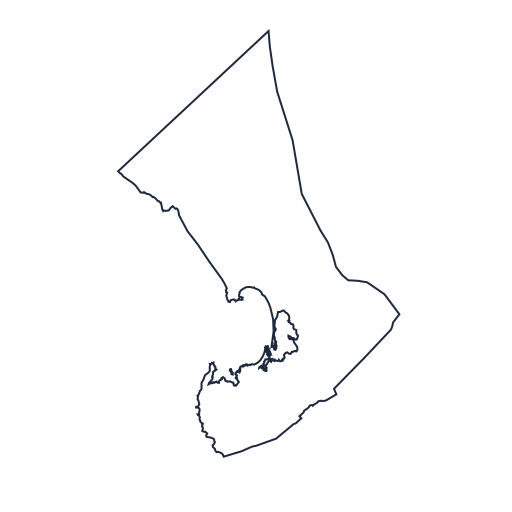 Kota Jayapura, Papua, Indonesia, rotated 227°
{"feature_id": "22746128B85346986276333", "entity_name": "Kota Jayapura", "entity_type": "district", "adm_level": 2, "iso_a3": "IDN", "parent_name": "Indonesia", "parent_adm1": "Papua", "projection": "robinson", "projection_center": [140.72, -2.651], "detail": "fine", "context": "isolated", "style": "outline", "palette": "slate", "viewbox_px": 512, "rotation_deg": 227, "n_neighbors": 0, "source": "geoboundaries", "source_scale": "gbopen_adm2", "svg_char_len": 6148}
<svg xmlns="http://www.w3.org/2000/svg" viewBox="0 0 512 512"><g transform="rotate(227 256 256)"><path d="M113.9,310.9L115.6,321.1L140.4,323.9L161.0,319.3L168.5,313.5L175.3,306.9L183.2,306.0L193.6,307.1L204.5,312.9L216.7,317.8L230.8,320.6L270.2,331.8L315.7,361.7L361.8,383.6L383.9,397.9L399.8,409.0L412.0,418.6L412.0,212.9L408.7,213.1L408.1,213.5L404.6,213.2L394.1,215.5L389.7,216.0L381.0,215.0L378.8,217.1L379.0,217.7L376.2,218.3L374.8,219.5L372.6,220.4L369.4,220.7L369.2,221.3L366.4,221.8L363.3,221.7L361.9,222.5L359.9,222.3L359.7,222.8L353.7,219.1L352.1,218.8L352.1,219.7L350.5,220.8L348.8,223.3L349.4,226.3L349.3,229.0L345.4,229.3L345.0,230.3L344.0,230.5L341.7,229.8L338.0,227.4L320.7,222.8L304.2,221.3L283.8,218.0L262.2,215.3L257.4,214.2L252.3,212.6L251.5,210.6L250.5,210.3L250.0,209.5L248.8,209.9L247.4,207.3L243.3,205.2L241.8,205.2L241.4,204.7L240.1,205.5L240.9,207.4L239.6,209.9L238.6,210.6L236.7,210.2L236.8,211.3L235.7,213.0L236.5,214.2L236.3,214.5L235.9,214.1L234.0,215.2L233.3,216.4L234.3,216.9L234.7,217.9L237.9,216.0L239.4,217.5L240.0,218.8L240.7,219.1L241.1,222.1L240.3,226.4L239.4,228.2L237.4,230.5L235.0,232.1L234.3,233.2L233.7,232.9L229.6,234.8L228.0,235.1L225.4,235.1L223.9,234.2L220.4,235.0L213.3,233.3L208.3,231.2L198.1,225.4L188.9,217.5L178.4,204.6L178.7,206.1L177.0,210.1L177.3,210.2L178.3,208.2L178.8,206.3L179.2,207.2L178.7,207.4L178.1,209.1L178.4,209.8L179.1,209.9L178.5,210.6L179.0,211.9L179.6,212.3L180.1,211.9L180.1,212.3L182.2,212.7L183.6,214.1L185.8,214.9L188.0,217.7L188.9,220.6L192.0,221.4L196.0,226.1L197.2,230.0L200.0,233.9L198.7,235.4L197.6,238.8L197.1,239.2L194.3,239.1L192.9,239.7L189.9,239.4L187.7,237.9L186.9,236.3L186.3,236.3L186.4,235.8L186.0,236.1L185.1,234.9L184.0,235.5L182.3,235.3L180.8,236.4L179.0,235.6L178.0,234.3L176.7,233.9L174.4,235.0L172.0,232.8L170.6,232.3L169.4,232.5L168.1,231.1L167.2,228.7L168.0,227.8L170.5,227.5L171.5,226.3L173.7,226.2L175.6,225.4L174.5,224.4L172.4,223.9L170.1,225.9L168.7,226.1L167.3,225.0L161.4,224.1L159.1,222.3L158.8,221.3L158.0,221.1L158.7,221.2L158.8,220.2L159.8,220.0L160.5,218.8L160.8,217.2L161.5,216.8L160.8,214.5L161.8,213.6L164.3,213.1L164.9,211.6L164.6,209.0L162.2,207.7L161.9,206.7L162.5,205.9L162.4,204.7L161.6,204.9L161.2,204.1L162.5,201.8L164.4,201.9L164.0,201.3L164.3,200.3L166.2,199.1L167.2,199.1L166.6,197.9L167.9,197.3L169.3,197.9L169.3,197.3L170.2,196.9L170.1,195.9L168.8,195.7L168.3,194.9L170.1,194.4L170.6,193.5L169.7,191.7L169.4,191.8L169.9,191.4L169.3,190.1L169.6,188.5L167.6,187.4L166.9,187.5L165.9,185.9L165.6,185.9L164.1,185.4L164.9,185.4L164.9,185.0L165.6,184.4L167.2,183.8L167.9,185.3L168.2,184.4L168.8,185.0L169.2,184.8L169.5,185.5L169.7,184.5L170.7,185.2L170.8,184.2L171.2,184.3L170.9,183.7L171.4,183.7L171.4,184.3L171.8,183.6L172.0,182.0L172.3,182.4L172.1,185.1L170.8,186.7L171.1,187.3L172.0,187.6L172.2,189.3L173.2,189.7L173.4,191.8L174.0,192.3L170.8,196.7L172.5,196.2L172.9,196.8L175.1,196.7L175.4,197.7L174.7,198.0L174.2,197.4L173.6,198.6L175.0,200.0L174.6,200.1L176.9,201.1L177.5,200.5L177.8,200.9L177.9,200.4L176.1,199.4L176.3,198.6L175.6,198.2L176.2,197.6L176.2,198.1L176.8,198.0L176.4,199.3L177.7,199.5L177.3,198.5L177.9,198.4L178.5,199.6L179.1,199.4L179.5,197.9L180.1,198.1L180.2,199.6L179.0,199.9L178.6,200.7L180.6,200.6L180.6,201.8L179.9,201.6L179.8,202.3L180.7,202.0L181.9,203.2L182.5,202.8L182.5,201.4L183.3,201.2L182.7,199.9L181.9,199.6L179.7,196.4L178.1,192.8L176.8,188.3L176.8,184.4L177.8,180.6L179.9,179.0L180.0,177.5L181.0,177.1L181.6,175.2L182.7,175.6L183.2,175.2L183.0,174.5L183.5,174.5L183.3,173.8L183.9,173.1L183.6,172.7L184.0,173.0L184.1,172.8L183.6,172.7L184.1,170.8L185.0,170.6L185.7,169.4L185.1,167.7L184.5,167.9L184.2,167.5L184.2,166.3L183.4,166.0L183.0,166.3L182.5,165.5L182.0,165.8L182.3,165.6L181.9,165.3L182.2,165.4L182.1,164.8L182.8,165.0L183.3,164.4L183.4,163.4L184.1,162.9L184.3,160.9L183.8,160.4L181.6,160.6L181.5,159.9L180.9,159.5L181.0,158.5L180.3,157.8L179.3,158.7L178.2,157.8L175.6,157.6L175.1,154.8L175.3,153.6L174.8,153.4L174.8,152.8L176.5,151.6L178.9,153.1L179.5,152.4L181.8,151.7L183.2,149.7L183.8,149.8L184.5,148.9L185.2,149.0L185.7,148.5L187.9,149.6L189.9,149.3L190.1,147.9L189.6,147.5L189.9,147.1L189.2,146.9L189.5,145.2L189.9,144.6L189.8,143.8L188.5,142.4L189.6,141.4L191.2,141.4L191.6,139.6L192.2,139.4L192.0,138.7L192.9,138.5L192.9,137.1L193.1,136.9L193.2,137.5L193.8,136.7L194.5,133.9L195.2,135.2L195.7,140.1L196.8,141.6L197.3,141.3L197.9,141.9L198.6,143.6L200.6,145.8L199.9,148.5L200.0,149.6L201.0,149.0L202.3,150.5L203.4,150.3L203.8,150.9L205.5,150.9L206.9,152.1L207.0,151.1L207.9,150.9L207.5,149.5L208.5,148.7L207.7,148.3L206.5,146.5L203.7,144.1L203.1,142.5L203.6,137.5L201.5,133.3L200.3,129.6L195.9,125.5L195.5,124.0L195.6,123.0L193.7,119.5L193.7,117.9L192.8,117.7L191.1,115.6L189.8,115.4L186.1,113.3L185.5,110.5L186.5,109.5L186.4,109.0L186.0,108.8L184.3,110.6L182.9,110.4L181.5,109.5L180.8,108.2L178.9,106.3L178.8,105.9L180.0,105.3L179.7,105.1L177.7,105.4L176.6,105.1L174.8,103.1L173.5,102.9L172.7,102.2L170.4,102.5L170.2,102.2L169.5,102.7L168.2,100.3L166.3,99.9L164.6,97.3L162.8,98.1L162.3,99.0L159.5,99.3L158.7,97.0L157.2,96.6L154.3,98.9L151.3,100.4L149.8,99.9L149.3,99.3L147.9,99.0L147.1,97.1L147.2,95.3L145.8,94.2L143.1,94.4L141.5,93.5L139.7,93.4L139.3,93.5L138.3,95.0L135.2,96.3L133.2,96.3L131.3,95.5L123.0,112.4L119.2,123.3L117.1,126.7L108.7,146.2L107.4,169.0L106.5,170.9L106.4,178.5L109.2,178.5L109.2,184.2L110.0,185.6L109.3,190.7L109.9,193.5L108.8,195.3L107.7,195.4L107.9,196.2L107.0,200.5L107.2,202.3L106.9,203.3L106.2,203.8L105.8,205.0L104.3,205.9L102.6,208.7L100.0,220.4L105.7,222.5L107.6,265.7L110.1,304.4L111.4,307.3L113.9,310.9ZM186.7,158.1L186.3,157.5L185.2,158.2L186.5,159.4L188.5,159.6L190.3,160.6L190.8,160.0L190.8,159.5L190.0,158.7L189.0,158.8L186.7,158.1ZM177.7,207.4L176.0,205.9L175.2,205.6L174.1,206.2L174.7,207.6L176.1,206.6L176.7,207.1L176.1,208.4L175.1,207.7L174.9,207.9L175.7,208.9L176.4,208.9L176.1,209.5L176.6,209.8L177.7,207.4ZM184.3,162.9L183.5,164.6L183.1,164.8L184.2,164.7L184.7,163.1L184.3,162.9ZM184.8,170.7L184.3,170.9L184.1,172.7L184.4,172.9L184.8,172.3L184.4,171.4L184.9,171.4L184.8,170.7Z" fill="none" stroke="#1e293b" stroke-width="2"/></g></svg>